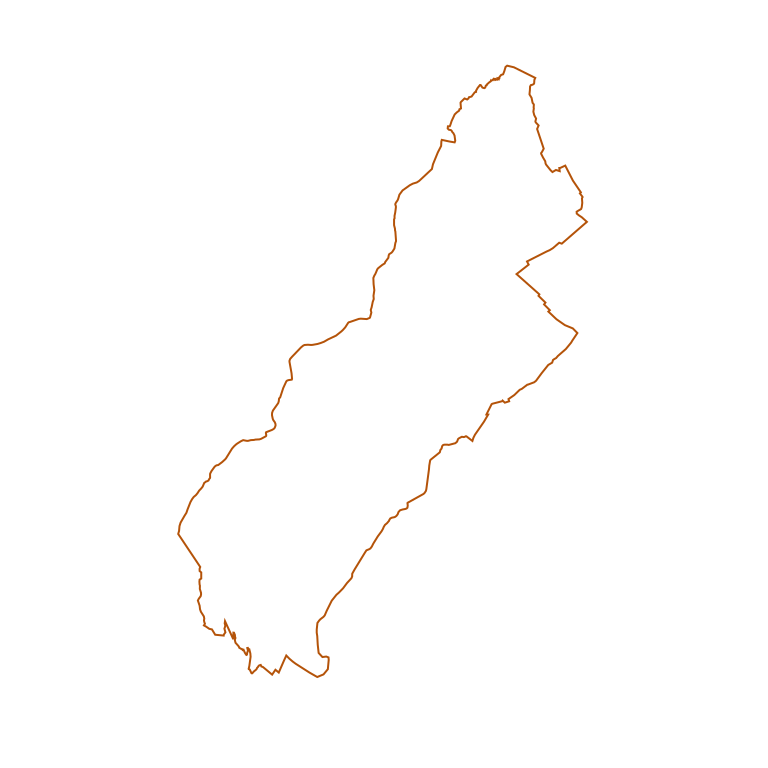 Merisani, Arges, Romania (Albers equal-area conic projection), rotated 66°
{"feature_id": "2599482B23805288669324", "entity_name": "Merisani", "entity_type": "district", "adm_level": 2, "iso_a3": "ROU", "parent_name": "Romania", "parent_adm1": "Arges", "projection": "albers", "projection_center": [24.723, 44.97], "detail": "fine", "context": "isolated", "style": "outline", "palette": "amber", "viewbox_px": 768, "rotation_deg": 66, "n_neighbors": 0, "source": "geoboundaries", "source_scale": "gbopen_adm2", "svg_char_len": 6165}
<svg xmlns="http://www.w3.org/2000/svg" viewBox="0 0 768 768"><g transform="rotate(66 384 384)"><path d="M416.1,186.6L410.0,188.9L403.8,194.8L395.0,200.1L384.7,204.4L384.0,202.5L376.4,205.4L375.3,203.4L366.3,207.0L365.3,205.6L337.5,218.2L333.8,203.3L330.2,203.5L329.1,181.6L329.1,178.2L328.6,174.5L326.2,166.5L328.1,164.5L318.4,132.7L312.1,135.5L309.3,137.3L306.7,138.6L304.9,137.9L304.3,132.7L303.0,131.5L299.2,129.2L294.8,127.6L294.2,126.7L293.8,126.5L289.5,127.5L289.0,126.2L275.0,128.7L258.2,129.6L258.3,135.2L258.0,136.0L261.0,136.9L258.4,139.9L258.9,143.9L256.4,144.9L249.4,146.7L248.2,146.7L246.1,146.1L241.8,146.6L237.6,146.8L237.0,146.6L236.2,145.2L234.0,142.4L213.3,140.4L210.7,137.6L206.7,139.0L205.7,138.9L203.4,137.1L199.5,137.4L196.0,136.8L193.1,135.0L192.2,134.8L189.8,133.5L189.1,133.5L187.6,133.9L182.6,132.8L178.7,133.3L178.4,133.2L174.9,131.2L171.7,129.6L170.7,128.3L171.0,126.6L170.8,125.1L170.3,124.5L167.3,122.9L165.9,121.3L147.5,136.5L143.3,142.0L143.8,144.0L147.1,146.8L149.5,149.2L149.3,151.3L150.6,153.8L151.3,154.1L151.1,154.7L151.8,154.8L151.8,155.2L152.3,155.4L152.0,155.8L151.2,155.7L151.0,155.9L151.4,156.0L151.3,156.6L151.9,157.1L151.3,157.7L151.4,158.3L150.5,158.3L150.3,158.7L150.8,159.7L149.9,159.8L150.5,161.5L150.7,162.8L150.3,162.9L151.0,163.7L151.2,165.1L152.2,168.1L152.9,168.7L152.8,169.6L154.4,171.0L154.5,172.1L153.3,173.5L150.2,174.1L149.9,174.7L151.6,178.0L153.5,180.6L154.6,181.1L154.4,182.4L157.0,187.1L156.6,189.8L157.5,190.7L157.9,192.3L155.9,194.3L157.7,199.1L158.2,199.7L163.6,201.6L163.7,203.4L164.8,204.1L165.5,207.1L166.5,209.8L171.3,215.3L174.3,218.0L175.3,219.1L174.6,220.8L176.5,221.9L178.1,221.3L179.2,219.7L179.5,219.5L180.3,219.2L181.8,219.1L183.1,218.6L185.7,218.5L190.8,220.0L192.0,221.2L189.0,225.7L184.5,231.9L185.7,232.9L189.8,235.0L194.3,240.6L203.2,249.9L207.1,252.8L212.8,269.4L213.2,272.1L212.7,276.1L212.9,279.5L214.7,288.3L217.3,292.9L220.7,295.8L221.8,297.0L223.1,299.2L224.1,300.4L224.7,300.7L226.3,300.8L227.5,301.3L231.9,304.0L234.7,306.0L237.0,307.0L237.6,307.8L243.0,310.2L246.5,310.8L248.4,311.5L249.3,311.6L257.9,314.7L258.5,315.0L259.7,316.2L264.5,319.4L266.5,322.4L267.1,323.7L267.5,326.4L268.3,327.3L270.5,328.7L273.0,333.2L274.1,334.3L274.5,337.1L275.3,340.2L275.9,342.4L276.5,343.5L278.9,346.0L280.3,347.6L280.9,348.6L282.8,350.6L288.6,352.9L294.4,354.7L299.1,357.7L302.2,358.8L304.4,360.9L308.9,364.1L311.0,366.0L313.6,366.5L317.4,369.6L317.8,370.2L317.7,373.3L314.9,378.6L314.3,380.5L313.5,389.7L313.3,391.1L313.5,391.8L316.5,396.4L317.9,399.5L318.6,401.5L320.3,408.1L320.5,417.0L321.0,421.6L320.8,425.2L320.4,428.4L319.2,433.3L318.7,434.7L317.2,437.5L316.0,440.8L316.1,442.4L316.8,444.9L321.7,456.9L322.9,459.5L324.2,460.8L325.2,461.3L336.6,464.1L341.9,465.9L342.5,466.5L341.6,469.7L341.5,471.1L341.8,472.1L346.7,477.7L354.0,484.3L354.5,485.6L354.8,485.9L356.9,487.1L358.4,488.4L363.1,496.3L364.9,498.0L366.9,499.0L370.6,499.8L372.1,499.8L374.5,499.3L376.4,499.4L377.9,500.0L379.6,501.7L380.2,503.1L380.4,505.1L380.1,511.3L380.6,511.8L382.9,512.4L383.5,512.8L383.7,513.3L384.1,518.5L383.9,520.4L382.5,524.0L382.2,525.6L381.1,528.5L380.6,531.5L379.9,532.8L378.0,535.5L378.1,538.1L378.7,542.2L379.0,543.6L379.9,546.3L381.2,549.1L387.6,558.5L388.2,559.7L389.5,563.6L390.6,568.4L390.2,569.9L390.3,571.2L390.8,572.6L393.3,576.9L395.1,579.2L395.7,579.6L398.9,581.0L399.2,581.3L399.5,582.0L400.8,583.7L400.9,585.0L400.7,586.4L401.0,587.1L401.2,588.4L404.0,591.4L405.1,593.5L406.2,596.2L407.9,598.8L409.0,601.0L409.8,603.8L411.1,606.1L413.1,608.8L418.8,614.6L421.3,616.9L423.3,619.9L427.9,626.2L430.6,628.6L434.9,631.0L437.3,633.0L476.4,626.3L477.9,627.7L479.9,628.5L481.8,627.6L487.4,630.1L487.7,632.0L489.4,633.0L492.1,634.0L493.4,634.2L496.3,635.6L500.4,636.1L502.0,636.8L503.3,637.8L504.8,640.5L506.1,642.1L511.5,642.6L515.0,643.7L517.6,643.9L523.0,643.1L525.2,643.6L526.7,644.6L528.4,645.0L530.2,645.1L531.3,646.7L533.3,645.2L536.6,643.2L538.2,641.0L544.4,640.2L548.6,632.8L548.0,632.5L547.5,631.8L546.4,629.9L542.6,629.3L541.3,628.1L540.0,627.2L537.9,626.9L536.0,625.7L555.9,625.5L549.9,622.7L550.2,622.2L552.8,622.3L553.8,622.8L555.5,623.0L556.1,623.4L556.6,624.0L557.2,624.4L560.0,624.9L564.0,623.6L565.1,623.4L566.1,623.5L568.0,622.1L568.3,621.6L569.6,621.3L569.6,620.4L572.9,620.4L575.2,620.1L575.6,619.8L575.5,619.3L573.9,618.3L572.2,616.7L569.6,616.3L569.7,615.7L571.8,615.6L571.8,615.0L575.8,615.7L578.9,616.8L586.8,621.7L589.2,623.5L589.5,623.5L590.2,622.8L594.2,622.7L594.6,622.4L594.7,622.0L593.7,619.9L593.0,617.3L592.5,616.2L591.7,615.4L591.3,614.3L590.8,613.7L590.3,612.4L590.5,610.9L592.2,610.9L593.2,609.8L593.7,609.5L604.0,604.4L600.9,599.4L604.8,597.5L596.0,587.9L592.3,583.7L596.4,582.2L600.4,580.3L603.6,578.5L617.1,569.6L624.5,564.2L624.7,557.4L621.7,551.3L613.5,546.7L611.2,545.9L609.5,547.6L608.4,551.3L603.1,553.1L595.3,550.6L587.1,547.5L583.8,546.6L580.9,545.3L575.2,542.0L573.7,539.4L573.0,537.7L572.1,534.0L571.3,532.3L567.9,528.6L560.7,519.9L557.2,513.2L556.2,510.0L554.0,504.5L550.8,498.8L548.2,492.8L546.9,491.4L544.4,490.2L541.4,486.2L530.2,469.9L528.8,467.7L528.9,464.7L528.7,463.3L527.6,461.3L525.4,458.6L520.7,451.7L517.6,446.2L516.0,444.0L514.4,442.3L513.1,440.4L512.4,437.9L511.0,435.0L510.5,434.6L509.4,433.0L509.3,431.3L509.9,428.6L509.9,427.9L509.6,426.4L508.6,424.5L506.9,422.9L505.9,420.7L506.2,418.1L506.6,416.4L506.9,415.0L506.9,413.9L506.5,412.9L504.6,411.7L502.3,411.0L502.1,410.5L500.5,392.6L500.0,391.2L498.7,389.2L497.3,388.1L480.2,377.6L476.9,375.8L472.7,373.0L472.2,372.4L469.1,360.8L467.2,359.3L466.4,357.7L464.4,356.1L463.9,355.1L463.8,354.5L464.1,353.2L465.2,350.8L466.0,349.6L467.1,342.9L466.4,340.7L464.4,338.7L464.1,337.7L463.9,334.9L463.9,334.3L464.8,333.0L465.1,331.9L465.0,330.6L465.3,330.0L472.0,326.4L469.5,324.2L467.3,321.5L459.1,308.0L454.3,301.3L453.5,302.8L446.2,293.9L446.1,293.1L447.8,283.0L447.4,282.4L450.2,281.2L450.7,276.7L448.4,276.4L447.1,269.5L444.5,262.4L444.5,260.1L442.9,253.3L443.1,252.9L443.5,246.1L442.9,243.8L438.2,235.5L433.4,226.2L432.9,221.7L430.8,219.8L430.5,218.4L430.3,216.2L429.1,213.7L426.0,203.6L422.3,196.2L421.0,194.4L416.1,186.6Z" fill="none" stroke="#b45309" stroke-width="2"/></g></svg>